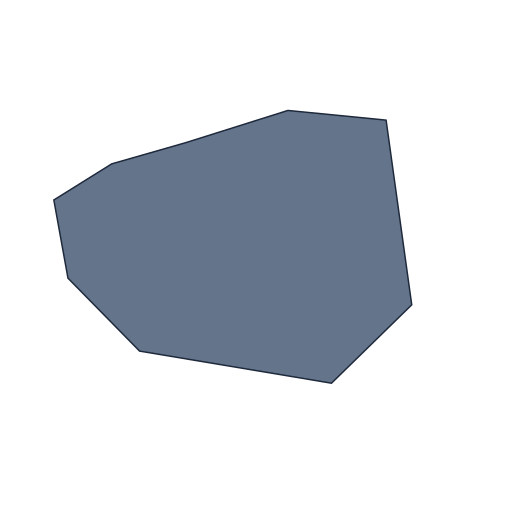 map outline of Rezekne (Robinson projection), rotated 243°
{"feature_id": "LVA-4851", "entity_name": "Rezekne", "entity_type": "Republican City", "adm_level": 1, "iso_a3": "LVA", "parent_name": "Latvia", "parent_adm1": "", "projection": "robinson", "projection_center": [27.333, 56.518], "detail": "fine", "context": "isolated", "style": "filled", "palette": "slate", "viewbox_px": 512, "rotation_deg": 243, "n_neighbors": 0, "source": "natural_earth", "source_scale": "10m", "svg_char_len": 289}
<svg xmlns="http://www.w3.org/2000/svg" viewBox="0 0 512 512"><g transform="rotate(243 256 256)"><path d="M321.6,78.4L397.7,101.3L403.6,169.3L388.9,244.8L371.2,350.5L318.0,433.6L141.8,372.6L108.4,265.5L224.1,109.1L321.6,78.4Z" fill="#64748b" stroke="#1e293b" stroke-width="1.5"/></g></svg>